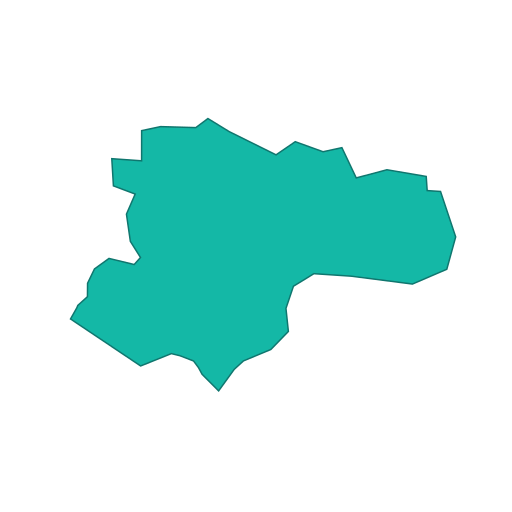 the Municipality of Auces, rotated 299°
{"feature_id": "LVA-5740", "entity_name": "Auces", "entity_type": "Municipality", "adm_level": 1, "iso_a3": "LVA", "parent_name": "Latvia", "parent_adm1": "", "projection": "albers", "projection_center": [22.926, 56.453], "detail": "fine", "context": "isolated", "style": "filled", "palette": "teal", "viewbox_px": 512, "rotation_deg": 299, "n_neighbors": 0, "source": "natural_earth", "source_scale": "10m", "svg_char_len": 756}
<svg xmlns="http://www.w3.org/2000/svg" viewBox="0 0 512 512"><g transform="rotate(299 256 256)"><path d="M336.9,429.3L307.3,406.4L284.4,348.8L268.6,315.2L247.7,303.4L224.7,307.6L205.7,320.9L205.0,320.7L181.4,314.3L158.2,295.9L146.3,291.9L119.9,288.7L126.4,266.2L130.5,259.8L133.9,252.3L131.9,237.8L129.6,229.3L103.9,208.4L111.0,124.3L124.0,124.4L126.4,124.1L138.7,128.3L150.5,121.9L166.4,121.0L182.6,128.6L189.5,153.6L198.7,155.7L207.9,139.0L229.8,122.4L251.6,120.3L248.2,97.3L271.2,82.7L283.8,109.8L310.2,95.2L322.9,109.8L339.1,141.1L352.9,147.3L351.8,172.3L354.2,224.5L375.0,234.9L379.7,264.1L392.4,278.6L372.9,305.8L394.9,328.7L408.1,366.3L396.2,374.0L401.9,386.1L369.5,421.4L336.9,429.3Z" fill="#14b8a6" stroke="#0f766e" stroke-width="1.5"/></g></svg>